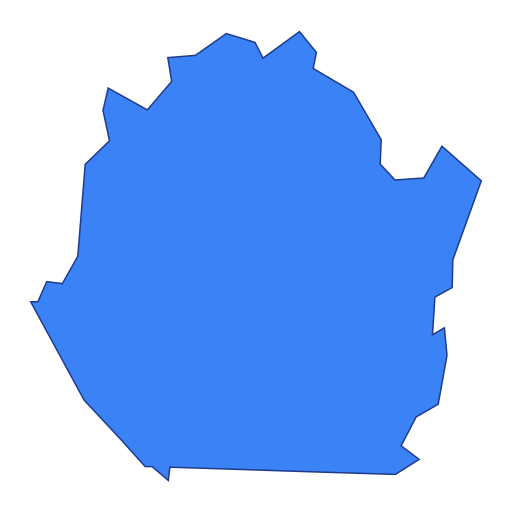 Union, Tennessee, United States of America (Natural Earth projection)
{"feature_id": "52423323B38749584273521", "entity_name": "Union", "entity_type": "district", "adm_level": 2, "iso_a3": "USA", "parent_name": "United States of America", "parent_adm1": "Tennessee", "projection": "natural_earth1", "projection_center": [-83.834, 36.298], "detail": "fine", "context": "isolated", "style": "filled", "palette": "blue", "viewbox_px": 512, "rotation_deg": 0, "n_neighbors": 0, "source": "geoboundaries", "source_scale": "gbopen_adm2", "svg_char_len": 653}
<svg xmlns="http://www.w3.org/2000/svg" viewBox="0 0 512 512"><path d="M37.9,301.7L30.7,301.8L84.1,400.1L120.2,438.8L145.2,466.6L152.1,466.6L168.3,480.4L169.9,467.2L323.9,472.2L395.4,474.4L419.1,459.4L401.1,445.8L416.2,416.9L438.2,404.2L447.0,355.4L444.4,327.8L432.5,334.7L434.9,297.1L452.2,287.5L452.8,259.9L481.3,180.9L441.9,146.2L423.8,178.0L395.0,180.0L380.2,164.1L381.2,139.7L353.5,92.2L313.2,68.5L316.4,52.5L299.5,31.6L263.0,58.1L255.0,42.4L226.3,33.6L195.3,55.4L167.8,57.6L171.7,81.4L147.3,109.9L108.2,88.1L103.0,110.4L109.5,140.8L85.2,164.3L77.8,256.2L62.4,283.6L46.7,281.6L37.9,301.7Z" fill="#3b82f6" stroke="#1e3a8a" stroke-width="1.5"/></svg>